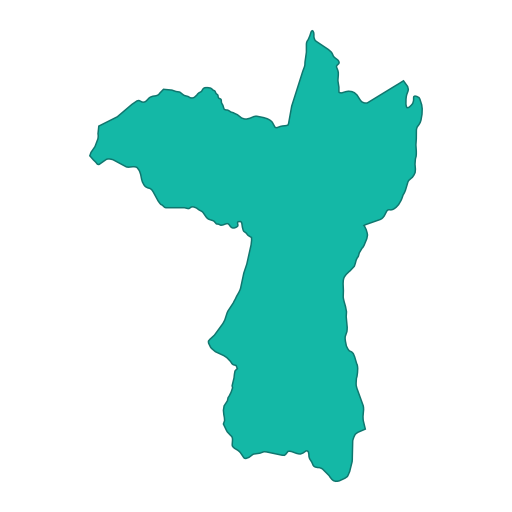 the Province of Khon Kaen
{"feature_id": "THA-438", "entity_name": "Khon Kaen", "entity_type": "Province", "adm_level": 1, "iso_a3": "THA", "parent_name": "Thailand", "parent_adm1": "", "projection": "equal_earth", "projection_center": [102.567, 16.348], "detail": "fine", "context": "isolated", "style": "filled", "palette": "teal", "viewbox_px": 512, "rotation_deg": 0, "n_neighbors": 0, "source": "natural_earth", "source_scale": "10m", "svg_char_len": 6005}
<svg xmlns="http://www.w3.org/2000/svg" viewBox="0 0 512 512"><path d="M143.7,102.2L145.0,101.8L146.2,101.0L149.4,97.7L151.1,96.8L153.0,96.2L155.9,95.8L157.7,95.2L159.1,94.1L159.7,93.2L163.5,89.3L171.9,90.1L176.0,91.5L179.4,92.0L180.1,92.3L183.1,94.7L184.4,95.5L188.1,96.5L190.3,97.8L192.1,98.0L193.2,97.8L194.4,97.3L197.0,94.9L197.6,94.0L198.3,93.4L199.1,92.7L200.4,92.1L201.3,91.5L201.9,90.8L202.7,89.3L203.8,88.2L204.6,87.8L205.9,87.6L207.8,87.6L210.6,88.1L211.8,88.9L213.2,90.2L214.6,90.8L215.1,91.4L215.8,93.0L216.2,93.7L217.4,94.6L217.9,95.2L218.2,97.1L218.6,97.9L219.1,98.4L220.6,99.0L221.1,99.6L221.3,100.5L221.4,102.3L221.7,103.2L222.9,105.3L224.0,108.9L224.6,109.5L225.7,109.9L227.7,110.1L229.4,111.0L230.8,112.0L233.6,112.8L234.1,113.2L237.4,114.7L241.6,118.0L244.2,118.9L246.3,119.1L250.0,118.2L253.8,116.6L255.7,116.2L256.7,116.2L263.7,117.6L267.2,118.7L268.8,119.5L270.3,120.4L271.7,121.6L272.3,122.3L275.0,127.2L275.8,127.6L276.9,127.7L280.5,126.4L282.4,126.0L286.2,125.6L287.6,125.2L288.0,125.0L288.6,123.4L291.7,106.1L302.8,71.2L304.4,66.9L304.7,65.9L304.9,64.7L305.0,62.1L306.4,52.2L306.4,44.4L306.5,43.1L306.8,42.0L307.2,41.1L308.2,39.6L309.8,35.9L311.1,31.9L311.6,31.1L312.3,30.7L313.0,31.1L313.7,32.6L313.9,34.1L313.9,36.8L314.1,37.9L314.8,39.8L315.3,40.6L316.6,41.6L328.5,49.6L331.0,51.8L331.6,52.5L332.4,53.9L333.3,56.0L333.8,56.7L334.7,57.6L337.8,60.0L338.7,61.2L339.1,62.4L338.9,63.4L338.4,64.0L337.1,65.2L336.6,65.9L336.5,66.8L336.7,67.6L337.8,70.3L338.3,72.5L338.3,75.1L337.9,80.2L338.0,81.4L338.9,87.2L338.9,91.1L339.0,92.2L340.0,92.8L341.7,92.9L346.0,91.6L348.6,91.2L351.9,91.6L354.4,92.7L357.0,95.0L360.0,99.7L361.1,101.1L361.7,101.7L362.5,102.2L364.2,102.9L365.2,103.0L367.2,103.0L403.5,80.8L407.6,86.5L408.3,89.3L408.1,90.8L406.7,94.7L406.3,96.5L406.0,99.0L405.9,104.1L406.3,106.3L406.9,107.6L407.7,107.7L408.5,107.5L409.3,107.1L411.2,105.3L412.3,104.0L412.8,103.2L413.1,102.2L413.4,101.2L413.6,100.0L413.6,97.7L413.8,96.7L414.4,96.2L415.5,96.1L416.9,96.5L419.0,97.6L419.9,99.2L421.7,104.9L422.2,108.8L422.0,114.2L421.0,120.0L420.3,122.2L419.4,123.9L418.4,125.4L417.3,126.8L416.8,128.0L416.4,129.8L416.3,138.8L415.9,144.9L416.3,151.3L416.3,154.2L416.1,156.3L415.4,158.9L415.0,164.2L415.4,169.1L415.3,170.5L415.1,172.6L413.9,175.1L412.3,177.4L411.6,177.9L408.9,180.3L408.0,181.7L405.4,190.4L404.5,192.5L403.7,194.0L403.2,194.7L401.8,198.7L401.0,200.5L398.6,204.6L396.2,207.2L394.4,208.6L392.7,209.5L390.9,209.9L389.0,209.7L388.1,209.9L387.4,210.4L386.8,211.0L384.2,216.0L382.9,217.6L381.7,218.7L380.2,219.5L365.7,224.6L363.9,225.5L364.5,226.2L366.2,229.7L367.1,232.8L367.5,235.0L366.8,238.7L364.0,245.5L362.8,247.5L362.2,248.0L361.7,248.8L359.3,252.8L358.4,256.1L358.0,256.9L357.4,257.6L356.8,258.7L356.1,260.3L355.3,263.4L354.3,266.3L350.0,270.9L349.3,271.4L346.2,274.4L345.1,275.9L344.1,277.4L343.7,278.6L343.3,280.3L343.1,283.7L343.4,290.6L343.2,297.1L343.5,299.0L344.1,301.6L345.5,306.5L346.5,311.8L346.2,316.7L347.2,327.4L347.1,329.8L346.9,331.6L345.2,336.6L345.1,338.4L345.4,341.1L346.4,346.1L348.1,349.4L349.4,350.9L351.4,351.8L352.1,352.3L353.3,353.6L354.7,357.0L356.7,363.8L357.2,364.8L357.5,366.3L357.7,368.4L357.5,372.6L357.0,376.3L356.4,378.4L356.1,383.4L356.2,385.6L356.9,388.3L363.2,405.7L363.5,407.4L363.6,409.6L363.0,416.5L363.1,419.2L363.3,420.8L365.3,429.1L357.9,432.3L356.9,433.0L355.4,434.1L354.7,435.3L353.8,437.2L352.8,440.2L352.7,441.2L352.3,458.0L352.3,459.3L352.1,461.7L349.7,471.4L348.3,474.7L347.4,476.5L345.0,478.2L339.4,480.8L337.7,481.2L335.6,481.3L333.8,480.8L333.1,480.4L331.8,479.3L330.1,477.2L329.1,475.6L322.5,469.0L321.3,468.3L319.4,467.6L317.9,467.6L315.2,467.0L314.0,466.3L313.2,465.4L311.8,462.2L309.6,458.7L309.3,457.7L309.0,456.7L308.8,453.9L308.3,451.8L307.6,451.1L306.7,450.8L305.9,451.0L303.0,453.0L300.5,454.0L298.9,453.9L296.6,453.4L291.7,451.6L289.5,451.2L288.0,451.4L285.8,454.2L285.1,454.8L284.4,455.3L282.1,455.2L266.4,451.9L264.0,451.7L259.8,453.2L254.1,454.0L253.3,454.2L252.5,454.7L248.9,457.4L245.8,458.5L244.7,458.3L243.9,457.8L240.3,452.5L239.2,451.4L237.7,450.2L234.5,448.3L233.1,447.0L232.3,445.8L232.2,444.6L232.5,440.4L232.5,439.4L232.4,438.2L232.1,437.2L231.6,436.4L230.3,435.1L227.3,431.9L226.4,430.3L223.4,424.0L224.6,420.6L224.4,417.7L223.8,414.5L223.4,410.3L224.1,405.9L227.4,400.8L228.1,397.6L229.1,396.2L231.1,392.2L232.6,387.8L232.1,385.8L234.0,378.0L234.4,374.3L235.0,371.0L236.6,369.2L237.4,368.7L236.1,365.5L233.3,364.7L232.6,364.2L232.0,363.7L230.4,361.3L226.8,357.6L223.8,355.6L215.4,351.7L211.5,348.4L210.6,347.3L208.6,343.2L208.4,341.8L208.5,341.0L210.0,339.2L214.4,335.2L223.0,323.4L224.8,320.0L227.1,312.9L227.9,311.1L233.5,302.6L233.9,301.6L235.3,299.1L236.6,296.3L238.9,292.3L240.1,289.7L240.6,288.2L243.8,273.1L246.8,264.1L251.1,244.8L251.6,240.3L251.5,237.5L248.4,235.6L247.7,235.0L246.1,233.0L243.8,231.3L243.4,230.7L242.9,229.2L242.4,227.2L241.8,223.2L241.2,222.0L240.4,221.5L238.2,221.7L237.7,222.2L237.5,222.9L237.9,225.0L237.8,225.9L237.4,226.4L236.1,227.3L234.6,227.9L232.9,228.0L232.1,227.8L231.3,227.3L230.5,226.6L229.0,224.5L228.3,223.9L227.6,223.6L226.0,223.8L223.0,224.9L221.5,225.2L220.7,225.2L218.6,224.2L216.4,223.9L214.1,221.3L213.4,220.8L208.9,219.3L208.1,218.9L206.7,217.7L206.0,216.8L203.1,212.6L202.5,211.9L201.8,211.4L198.7,209.7L196.5,208.0L193.9,207.0L192.1,206.8L191.2,207.1L189.4,208.3L188.8,208.6L188.1,208.6L184.4,207.7L165.8,207.7L164.8,207.4L163.8,206.6L162.4,205.2L160.8,204.4L159.6,203.0L158.1,200.9L153.1,191.7L151.7,189.7L150.1,188.5L147.6,187.8L145.7,186.8L144.8,186.0L143.9,184.8L142.4,181.9L141.6,179.2L140.7,174.6L140.0,172.4L139.3,170.6L137.6,168.2L136.9,167.4L135.2,166.8L133.1,166.7L128.3,167.2L126.4,166.9L113.0,159.7L111.0,159.2L109.0,158.9L107.1,159.1L106.3,159.4L99.2,164.4L98.3,164.5L97.3,164.1L95.7,162.1L93.3,159.8L89.8,155.8L91.0,152.4L95.0,146.6L97.9,138.9L98.2,137.0L98.2,135.1L98.0,133.8L98.8,126.1L117.3,116.8L131.9,104.4L137.0,100.9L138.7,100.5L139.5,100.7L142.0,102.0L143.7,102.2Z" fill="#14b8a6" stroke="#0f766e" stroke-width="1.5"/></svg>